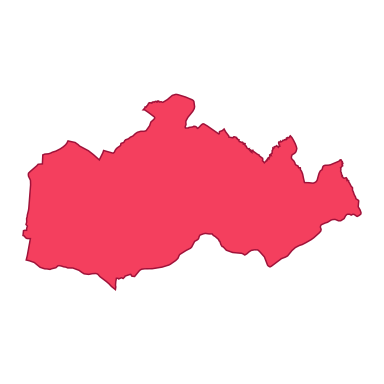 Ko Chan, Chon Buri, Thailand (Robinson projection)
{"feature_id": "78962969B17576291228929", "entity_name": "Ko Chan", "entity_type": "district", "adm_level": 2, "iso_a3": "THA", "parent_name": "Thailand", "parent_adm1": "Chon Buri", "projection": "robinson", "projection_center": [101.432, 13.403], "detail": "fine", "context": "isolated", "style": "filled", "palette": "rose", "viewbox_px": 384, "rotation_deg": 0, "n_neighbors": 0, "source": "geoboundaries", "source_scale": "gbopen_adm2", "svg_char_len": 6042}
<svg xmlns="http://www.w3.org/2000/svg" viewBox="0 0 384 384"><path d="M359.0,215.5L360.6,214.3L360.9,213.8L361.0,212.6L360.1,210.0L358.2,206.8L358.7,201.0L358.5,200.4L355.9,198.7L355.6,197.2L354.2,194.6L353.3,191.9L352.5,190.2L352.5,187.7L351.1,186.2L349.5,183.1L348.7,182.0L348.7,180.9L348.0,180.7L347.8,180.2L347.1,180.4L347.2,179.9L346.9,179.6L347.2,179.3L346.9,178.6L346.2,177.7L344.5,178.2L343.4,178.0L342.8,177.0L342.0,176.6L342.3,175.4L341.7,175.0L341.2,172.3L340.8,171.8L340.6,171.1L340.9,169.8L340.7,168.7L340.9,168.1L340.6,167.7L341.6,166.8L341.8,166.2L342.6,165.9L342.6,165.1L342.1,164.6L342.4,164.3L342.2,163.4L342.8,163.1L342.1,162.5L342.3,161.7L341.9,161.5L341.7,160.9L341.1,160.6L341.1,159.9L340.2,159.8L339.4,160.8L338.5,161.4L330.4,164.8L328.2,165.2L325.0,165.3L323.5,165.9L322.8,166.9L322.0,169.7L320.4,170.8L319.4,172.6L318.9,173.8L317.2,180.0L316.5,181.2L315.5,182.2L313.2,183.2L308.7,182.7L304.7,182.6L304.4,182.4L303.5,178.4L302.6,174.0L301.5,171.2L300.5,169.9L300.3,167.8L298.6,167.7L298.0,166.0L295.9,165.0L295.2,164.1L294.8,162.7L293.7,160.8L292.2,159.4L291.4,158.1L291.5,156.6L291.9,155.1L292.6,154.5L294.6,153.3L295.7,152.1L296.2,151.0L296.8,148.6L296.4,146.9L295.3,143.9L293.5,140.3L292.0,137.7L290.3,135.8L289.8,136.3L289.6,137.1L289.1,137.6L288.7,137.5L288.3,137.8L287.5,137.5L286.9,138.0L286.5,138.0L286.4,138.3L286.9,138.5L286.9,139.0L286.5,139.3L286.1,139.3L286.0,139.7L284.5,139.7L283.8,140.4L282.9,140.3L282.6,140.9L281.4,141.7L280.7,141.8L280.4,141.3L280.0,142.0L278.8,142.0L278.6,142.6L278.7,143.5L278.9,143.8L279.1,144.8L279.6,145.1L279.3,145.7L279.7,146.2L278.9,146.5L278.4,147.3L276.7,145.7L276.2,146.3L275.2,146.4L274.9,146.8L274.2,146.8L273.9,148.1L273.4,148.3L272.9,148.0L272.8,149.8L272.2,150.4L272.1,153.2L271.3,153.6L271.2,154.0L270.7,154.4L271.0,155.2L270.1,154.7L269.7,154.9L269.7,155.2L270.1,155.2L270.1,155.5L269.7,157.0L269.2,157.2L269.1,157.6L268.6,157.7L269.0,158.2L268.9,158.8L268.2,158.4L267.6,158.7L267.6,159.3L267.3,160.0L267.1,160.1L266.9,159.8L266.6,160.2L266.7,160.9L266.0,161.2L265.6,161.2L265.5,161.6L264.3,162.8L263.5,161.7L263.1,161.4L262.8,160.8L262.5,160.7L262.8,159.3L262.6,158.3L259.8,156.2L259.2,155.6L259.1,155.0L257.5,154.3L253.9,151.7L253.4,151.7L253.1,150.9L252.6,151.0L252.6,150.4L251.4,151.1L251.7,152.3L251.1,151.9L250.1,150.7L250.7,150.4L250.7,149.9L249.0,149.5L248.7,149.2L249.0,148.7L248.3,148.8L247.2,148.1L246.7,147.7L246.3,146.2L245.3,145.8L245.0,144.8L245.1,143.6L244.4,143.5L244.5,144.1L243.3,144.1L243.1,142.9L242.6,142.2L241.4,142.4L240.9,142.0L239.3,141.5L239.1,140.8L238.7,140.4L239.0,139.8L237.8,139.4L237.4,138.7L236.6,138.5L236.6,137.5L234.5,136.8L233.5,136.9L233.4,137.5L232.8,137.8L228.9,137.1L228.8,136.0L225.6,131.8L224.1,129.0L222.3,130.6L219.5,131.6L219.3,133.7L218.7,133.9L207.2,125.9L203.8,123.9L202.8,123.9L201.8,124.5L200.4,125.8L199.5,126.9L197.7,128.4L197.2,128.2L196.9,127.5L196.1,126.8L195.1,126.4L194.5,126.6L194.0,126.2L193.0,126.8L191.8,127.1L189.0,127.4L188.4,128.0L185.5,128.0L185.3,127.7L185.2,126.7L186.0,124.6L185.8,122.1L186.0,120.8L187.9,117.3L192.7,111.4L194.2,108.7L194.6,106.7L193.9,101.6L193.4,100.7L192.4,99.9L185.5,97.0L178.7,94.9L176.7,94.4L175.6,94.4L172.3,95.4L167.2,99.7L162.9,102.3L162.5,102.3L161.1,101.7L159.4,102.0L159.0,101.7L158.8,101.1L158.3,101.0L157.6,101.7L157.3,101.3L156.8,102.0L155.9,101.3L154.9,101.6L154.5,102.1L153.5,101.9L152.8,102.3L152.4,102.1L151.7,102.7L151.7,103.1L149.9,102.7L149.2,102.8L149.0,103.2L148.6,103.3L147.5,105.4L146.9,105.8L146.3,107.0L145.1,106.9L144.8,108.0L143.2,109.8L144.7,109.9L147.8,112.0L154.2,116.8L154.6,117.3L154.7,117.8L154.6,118.3L153.8,119.4L150.9,122.0L149.6,125.8L146.1,130.7L144.1,131.3L140.7,131.3L137.4,132.3L135.3,133.7L132.8,136.1L130.5,137.1L128.4,138.8L125.6,139.8L124.7,140.7L124.1,142.0L123.5,142.6L121.2,143.3L120.8,143.9L120.7,145.2L120.2,145.8L117.2,147.9L116.1,149.0L115.2,150.3L114.3,152.3L113.1,153.2L103.6,150.5L102.9,152.7L99.3,159.9L93.6,154.8L88.5,150.8L79.5,146.0L78.1,144.6L75.1,142.5L68.0,140.9L66.9,143.1L65.6,144.8L63.3,146.8L60.4,148.8L55.9,151.1L52.4,152.2L50.4,153.2L48.5,153.8L44.8,154.1L42.8,154.9L42.4,163.9L38.1,164.3L36.9,165.7L30.3,171.4L28.5,173.2L28.3,174.6L28.5,176.2L30.4,180.1L30.5,181.0L30.6,184.8L28.8,208.3L28.4,210.7L27.3,215.1L27.2,216.6L26.6,218.5L26.7,222.1L26.0,224.5L27.3,225.9L27.4,226.3L26.7,228.2L26.6,230.3L24.6,230.3L23.5,230.7L23.0,235.5L24.1,235.9L25.7,237.8L26.7,238.4L27.8,238.6L30.4,238.6L27.3,255.6L26.2,260.0L29.5,260.8L34.3,262.5L40.1,267.3L44.6,268.8L46.9,268.9L50.0,269.4L51.5,268.8L55.9,267.7L57.8,265.9L59.0,265.6L61.3,266.0L63.6,266.8L65.8,267.1L67.7,267.9L72.8,268.0L79.0,270.3L81.7,272.3L84.1,273.8L88.7,274.4L92.2,273.7L95.7,273.5L97.0,273.8L98.0,274.4L100.0,276.7L106.2,281.4L109.0,283.8L111.4,286.4L115.4,289.6L115.8,287.0L115.5,285.2L115.8,281.3L116.4,278.3L118.0,278.3L118.7,279.0L121.4,277.7L123.1,278.5L124.8,276.8L125.1,276.1L130.4,274.3L131.0,274.5L131.2,275.3L131.9,276.2L134.6,276.5L139.1,271.0L140.3,269.9L141.7,269.2L144.6,268.8L152.3,268.7L162.1,267.1L168.9,265.0L170.4,264.2L175.6,260.6L177.9,258.4L179.1,255.5L179.7,254.5L186.2,250.4L190.5,248.2L191.7,247.0L194.6,241.4L197.4,239.8L198.5,238.8L199.3,236.2L200.0,235.1L203.4,233.8L205.4,233.4L209.0,233.9L212.1,233.9L213.3,235.4L215.2,236.5L218.5,239.4L219.2,241.0L219.8,241.3L220.9,244.5L221.8,246.1L222.3,246.6L223.2,246.8L226.3,250.2L232.7,252.5L241.6,253.3L242.7,253.7L244.8,255.0L246.7,253.9L249.2,251.7L251.3,250.4L254.5,249.8L257.7,249.9L259.5,251.4L264.4,256.9L267.5,265.0L268.1,265.8L269.7,266.8L270.3,266.8L271.8,265.9L281.5,258.6L285.4,257.1L287.6,255.9L292.0,250.5L295.4,247.5L299.5,245.4L302.1,244.6L305.8,242.7L311.2,239.6L313.7,237.8L319.4,232.7L320.8,231.0L321.1,229.3L320.4,227.3L320.4,226.6L320.8,225.3L321.6,224.6L325.2,223.0L327.5,222.3L331.2,220.0L332.5,219.6L334.8,219.4L335.7,219.6L338.5,220.8L340.4,220.8L341.0,220.6L344.1,218.6L345.6,215.8L346.7,214.6L347.7,214.2L349.8,214.3L351.2,215.1L352.8,214.3L354.1,214.4L356.8,216.3L357.3,216.4L359.0,215.5Z" fill="#f43f5e" stroke="#9f1239" stroke-width="1.5"/></svg>